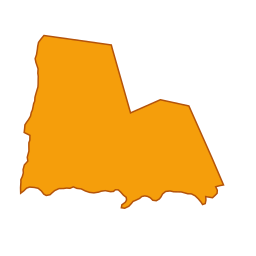 outline of Boa Hora, Piauí, Brazil, rotated 278°
{"feature_id": "56859067B27565028422565", "entity_name": "Boa Hora", "entity_type": "district", "adm_level": 2, "iso_a3": "BRA", "parent_name": "Brazil", "parent_adm1": "Piauí", "projection": "natural_earth1", "projection_center": [-42.142, -4.374], "detail": "fine", "context": "isolated", "style": "filled", "palette": "amber", "viewbox_px": 256, "rotation_deg": 278, "n_neighbors": 0, "source": "geoboundaries", "source_scale": "gbopen_adm2", "svg_char_len": 1529}
<svg xmlns="http://www.w3.org/2000/svg" viewBox="0 0 256 256"><g transform="rotate(278 128 128)"><path d="M48.1,135.9L50.6,139.7L53.5,141.7L56.0,143.2L57.5,145.7L59.8,149.2L62.1,151.2L63.1,154.1L63.0,156.9L62.0,159.8L59.9,162.6L59.9,166.1L62.1,168.9L64.3,170.2L67.5,171.4L70.4,174.1L71.5,178.4L71.2,182.1L71.6,185.5L72.1,189.6L71.6,193.4L71.2,196.3L71.6,199.9L70.2,203.9L67.7,207.4L64.8,210.6L62.6,212.5L63.9,215.0L67.4,215.2L70.9,214.5L70.8,217.6L70.7,221.4L73.5,223.7L75.7,225.3L78.8,225.1L82.0,223.0L83.7,226.9L84.9,230.5L110.2,215.2L158.3,185.2L160.5,156.1L143.3,128.4L186.0,109.5L203.4,101.8L207.9,99.9L207.9,96.1L207.9,31.9L204.6,29.8L200.4,27.5L196.3,27.2L193.4,27.3L187.9,27.2L183.8,26.4L180.3,27.6L174.1,30.7L169.6,31.1L166.8,31.9L163.5,32.3L158.8,32.9L156.0,33.1L152.9,32.6L148.8,32.0L145.5,31.6L141.6,31.9L139.1,31.2L135.2,31.0L132.4,30.8L130.0,30.1L126.1,29.8L122.4,28.3L119.6,26.8L116.8,25.5L113.0,25.7L109.1,25.8L107.1,31.9L102.3,32.5L99.6,31.9L96.5,32.3L91.4,33.1L85.0,32.3L81.3,33.4L79.2,32.0L77.0,30.5L72.2,29.9L68.9,30.6L65.3,30.1L61.9,29.1L59.4,29.5L53.9,29.9L48.5,30.8L51.2,33.5L54.3,35.9L55.8,38.7L56.1,43.5L55.8,47.4L53.6,51.0L50.8,53.8L49.8,56.4L51.1,60.1L53.2,61.8L55.8,64.1L58.4,68.1L59.1,72.6L60.0,75.6L60.2,78.9L62.1,82.0L61.1,85.8L61.2,90.1L59.7,94.5L58.9,98.9L59.0,103.2L60.4,107.8L61.7,110.3L62.8,114.2L62.5,119.6L63.2,122.5L65.1,124.1L65.4,127.0L63.6,129.6L60.8,132.9L59.1,135.9L56.4,136.6L54.0,135.6L51.1,132.6L48.1,132.5L48.1,135.9Z" fill="#f59e0b" stroke="#b45309" stroke-width="1.5"/></g></svg>